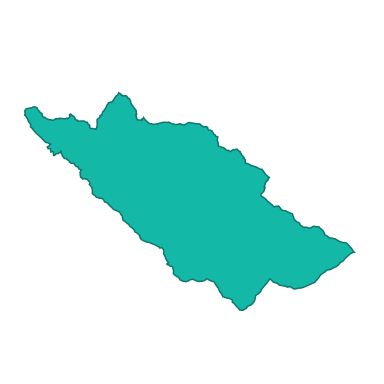 the district of Baile Olanesti, Vâlcea, Romania, rotated 163°
{"feature_id": "2599482B90151586146319", "entity_name": "Baile Olanesti", "entity_type": "district", "adm_level": 2, "iso_a3": "ROU", "parent_name": "Romania", "parent_adm1": "Vâlcea", "projection": "mercator", "projection_center": [24.186, 45.236], "detail": "fine", "context": "isolated", "style": "filled", "palette": "teal", "viewbox_px": 384, "rotation_deg": 163, "n_neighbors": 0, "source": "geoboundaries", "source_scale": "gbopen_adm2", "svg_char_len": 6044}
<svg xmlns="http://www.w3.org/2000/svg" viewBox="0 0 384 384"><g transform="rotate(163 192 192)"><path d="M315.1,314.8L315.7,318.2L316.6,318.6L317.3,319.4L319.7,319.7L321.1,319.2L322.3,319.7L326.1,320.0L326.9,319.7L328.2,318.5L328.7,315.5L329.6,314.4L328.6,312.9L328.4,311.3L327.9,310.5L327.8,308.7L327.3,308.2L327.7,307.7L327.7,306.9L326.4,303.8L327.2,302.4L327.4,301.3L326.1,299.5L326.1,299.1L324.2,294.4L320.4,288.1L317.8,282.8L317.0,281.9L315.4,281.2L314.1,279.9L312.5,278.7L314.2,279.0L315.0,278.0L317.3,277.3L317.0,275.6L314.5,274.7L315.1,273.1L315.4,271.5L314.3,271.5L312.8,271.0L313.7,267.4L313.2,267.2L312.2,267.4L310.8,268.3L308.6,267.9L306.5,268.6L305.4,269.5L305.4,268.6L305.9,267.5L305.2,265.7L305.5,264.8L304.4,261.7L304.0,261.2L302.6,260.9L302.2,259.8L300.7,258.1L300.2,256.0L299.1,254.8L296.4,253.8L296.3,252.6L295.3,250.2L293.6,249.6L293.7,248.5L293.4,248.1L293.5,247.2L291.3,245.5L292.3,244.8L293.4,243.4L294.2,238.7L293.6,238.2L293.4,237.6L292.7,236.9L292.7,236.3L291.7,236.4L289.2,235.3L288.0,234.3L287.8,232.7L286.8,231.0L286.9,230.4L288.0,229.4L286.5,225.7L286.9,221.8L287.8,220.0L287.5,219.0L285.7,216.7L285.0,214.8L284.3,214.7L282.5,213.1L281.2,212.8L280.0,212.1L278.9,210.7L278.4,208.0L276.1,206.3L275.3,204.1L274.7,203.5L274.5,202.5L273.2,200.7L273.0,199.9L272.0,198.2L267.1,194.0L266.5,190.9L265.6,189.4L266.3,186.4L266.1,184.9L264.6,183.3L263.1,180.8L262.2,179.7L261.6,178.4L261.5,177.4L259.2,174.4L258.6,173.0L258.1,170.3L256.8,169.1L254.8,165.9L254.7,165.4L255.1,165.1L255.1,164.4L254.6,163.9L255.0,162.8L254.2,161.2L252.3,159.2L251.1,158.5L250.3,157.5L247.9,156.5L245.4,154.2L243.2,152.6L239.6,149.2L239.2,147.8L237.9,147.6L237.3,147.8L236.9,147.5L236.2,145.7L236.1,143.4L237.0,142.0L237.3,140.8L236.7,139.3L236.5,135.3L236.0,133.3L235.1,131.2L237.1,130.5L237.1,130.0L234.9,128.6L234.7,127.5L233.1,126.8L232.5,126.0L232.7,123.8L232.5,122.5L233.7,119.2L231.6,116.0L230.1,114.6L229.2,112.4L229.3,112.0L228.9,111.1L227.1,109.7L224.1,108.0L220.8,108.2L219.3,108.8L218.4,108.5L216.8,108.4L213.3,105.4L210.7,104.1L206.2,103.6L203.3,104.6L202.7,104.5L201.0,102.3L197.3,99.8L196.3,96.3L195.7,94.8L195.6,93.7L194.9,92.4L194.7,88.7L193.7,86.6L193.1,82.8L189.3,80.1L187.9,79.8L185.2,77.1L185.1,76.2L185.7,74.7L184.3,73.2L183.3,70.5L181.3,66.7L180.9,65.2L178.0,64.0L177.1,64.1L176.2,64.5L174.1,64.8L172.3,66.4L168.2,66.8L166.2,67.9L164.2,69.4L162.7,71.6L161.4,74.4L157.2,75.7L155.0,77.1L154.2,78.5L147.0,83.1L142.9,86.2L141.7,84.3L140.4,81.8L136.9,79.6L136.3,78.1L135.1,77.1L130.3,74.6L128.6,73.2L125.5,72.6L123.7,70.4L122.4,69.2L119.0,69.0L115.5,68.3L113.2,68.3L101.1,69.7L95.6,73.1L93.7,74.9L91.3,75.9L88.1,76.7L86.1,77.9L81.5,77.4L80.3,77.9L75.5,78.6L73.1,79.5L70.6,81.3L68.5,81.6L67.0,82.2L65.7,83.4L58.8,86.6L56.2,87.1L54.4,86.8L55.2,88.6L55.8,91.0L56.3,92.1L58.5,96.9L59.7,98.4L63.5,100.1L65.8,102.0L68.6,105.1L71.1,106.7L73.8,107.7L75.8,110.6L77.3,112.0L77.6,112.5L77.4,113.2L77.6,114.6L78.1,116.6L79.2,118.8L80.2,120.1L80.6,121.4L84.4,122.9L85.1,123.6L86.3,123.7L89.4,122.8L90.9,123.4L91.6,124.0L93.8,125.3L95.7,125.4L97.0,127.5L98.1,128.6L98.2,130.4L98.5,131.3L99.5,132.2L100.4,132.4L102.2,136.1L102.5,137.2L102.1,138.1L102.5,140.2L102.3,141.4L102.4,142.0L104.3,143.2L108.2,146.8L110.6,147.8L111.1,148.3L111.7,149.2L112.4,151.3L112.9,151.9L112.9,152.8L113.3,153.2L115.7,153.8L117.2,153.5L118.2,154.2L119.0,156.1L119.7,156.8L121.3,159.6L122.3,160.7L123.4,163.4L126.0,167.0L126.8,167.7L127.1,168.6L126.6,169.6L125.9,170.0L125.5,170.6L123.4,171.4L122.2,172.7L122.1,173.3L121.5,173.8L121.7,174.1L121.3,174.5L121.3,175.2L120.9,175.2L121.3,176.1L120.7,176.5L120.6,177.1L120.1,177.5L119.9,178.0L120.0,178.5L119.3,178.8L118.9,179.6L118.1,179.9L116.8,180.9L116.7,180.7L116.1,181.0L115.4,182.1L113.8,183.3L114.6,184.1L116.5,187.4L118.3,193.1L121.0,194.5L122.3,196.4L128.2,200.5L130.3,202.7L131.4,203.5L132.5,203.8L132.4,205.0L131.7,206.9L131.7,207.6L132.3,208.4L132.3,209.1L132.8,209.3L132.2,210.0L132.8,210.8L133.0,211.6L133.8,213.0L133.6,214.1L134.4,215.5L134.0,216.1L134.1,216.5L135.8,218.2L136.2,219.8L139.6,220.1L140.1,220.4L143.9,219.5L144.5,220.3L144.8,221.1L147.0,222.0L147.6,223.5L148.8,225.2L150.5,226.0L153.3,228.4L153.5,229.2L152.8,230.1L152.6,231.0L152.8,233.9L152.0,235.9L151.2,237.1L152.8,238.3L153.4,240.1L154.5,241.0L154.4,242.2L155.1,243.9L155.1,244.7L156.4,245.8L158.0,246.4L158.4,247.4L158.1,248.7L159.0,250.4L161.2,250.6L162.3,251.2L163.2,252.6L163.9,252.7L164.1,253.9L164.7,254.9L167.0,255.6L174.7,259.4L176.2,259.2L177.1,258.7L178.1,258.8L180.0,258.4L182.0,259.5L183.6,260.9L186.5,260.9L188.7,261.5L189.5,262.4L190.8,262.7L193.8,265.6L194.9,265.6L198.6,267.0L204.9,267.3L209.3,268.0L210.8,269.1L212.8,269.9L215.7,274.6L216.6,277.4L217.3,276.6L218.5,276.4L218.3,276.0L218.9,275.3L223.3,277.0L223.2,278.2L223.5,278.7L223.5,279.9L223.1,279.9L223.0,281.0L223.3,282.4L222.1,282.6L222.2,283.8L221.6,286.6L222.8,289.3L224.4,294.2L224.2,297.0L224.5,298.4L224.5,299.4L225.2,299.7L225.4,300.3L225.8,300.5L226.4,302.8L227.0,303.3L228.6,303.9L230.3,304.3L230.8,304.9L230.8,305.8L231.7,306.0L231.7,306.6L232.2,307.5L232.6,307.5L233.2,308.3L234.5,306.5L236.7,305.9L242.5,301.1L243.7,301.9L244.8,301.5L245.7,301.8L246.8,300.6L248.1,299.8L249.5,297.9L251.9,296.0L252.2,295.5L253.1,295.4L253.9,294.8L255.8,292.0L256.3,291.9L256.8,292.2L257.7,291.9L258.1,290.5L258.5,290.2L260.7,289.5L261.7,288.9L262.5,286.1L262.7,284.5L263.6,283.0L263.9,281.9L265.2,280.7L265.3,280.3L265.5,280.4L265.5,280.1L267.4,281.1L268.5,281.9L270.4,282.3L271.1,283.7L270.5,284.5L270.4,286.0L271.7,287.5L271.6,288.9L271.8,289.3L273.4,290.1L274.1,291.1L275.1,291.7L280.7,293.2L280.4,294.0L282.4,295.3L282.4,297.1L283.1,299.2L284.7,300.4L284.4,300.8L285.3,302.1L286.6,301.7L286.8,299.9L287.2,299.3L289.4,298.4L289.8,298.7L290.0,299.3L291.8,299.1L296.5,301.0L296.9,300.9L297.0,301.3L298.3,301.0L299.4,301.6L300.3,301.6L300.3,301.9L300.6,302.0L303.6,301.1L308.5,303.6L310.5,305.6L310.8,306.4L312.3,307.0L312.6,307.4L312.7,308.9L312.5,310.7L314.2,313.0L314.1,313.3L314.6,314.4L315.1,314.8Z" fill="#14b8a6" stroke="#0f766e" stroke-width="1.5"/></g></svg>